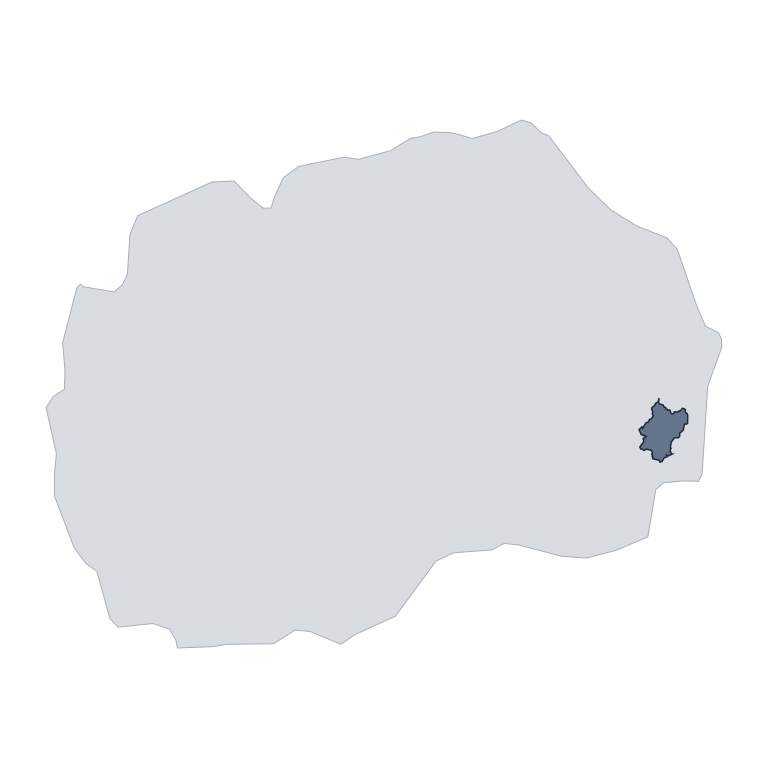 location of Bosilovo, Bosilovo, North Macedonia
{"feature_id": "65306769B43786994605209", "entity_name": "Bosilovo", "entity_type": "district", "adm_level": 2, "iso_a3": "MKD", "parent_name": "North Macedonia", "parent_adm1": "Bosilovo", "projection": "orthographic", "projection_center": [22.779, 41.481], "detail": "fine", "context": "in_parent", "style": "filled", "palette": "slate", "viewbox_px": 768, "rotation_deg": 0, "n_neighbors": 0, "source": "geoboundaries", "source_scale": "gbopen_adm2", "svg_char_len": 2136}
<svg xmlns="http://www.w3.org/2000/svg" viewBox="0 0 768 768"><path d="M344.1,157.3L358.7,159.3L390.4,150.7L410.3,138.4L420.3,136.7L433.7,132.0L452.9,132.9L472.3,138.5L497.0,131.5L521.4,120.0L531.1,123.0L541.6,133.0L548.6,135.7L588.7,188.5L610.7,209.8L636.8,226.0L666.6,237.8L677.3,249.2L696.4,305.1L705.6,326.3L718.3,332.6L721.4,338.7L721.9,346.8L707.7,386.2L702.1,474.3L698.5,481.3L683.5,480.9L663.5,482.8L655.8,489.6L647.8,537.0L615.5,550.5L586.2,558.1L561.5,556.3L518.2,544.8L504.1,543.5L491.9,549.8L453.2,552.9L436.1,561.0L395.5,616.1L354.8,634.7L340.8,644.2L310.0,631.5L295.2,630.0L273.5,643.8L226.4,644.3L213.7,646.6L177.4,648.0L176.0,640.4L169.6,629.1L152.8,623.5L118.2,627.1L110.0,618.8L96.9,571.4L86.0,563.6L74.0,547.4L54.4,495.8L54.5,473.3L56.4,453.8L46.1,407.7L53.5,396.3L64.4,389.3L65.0,370.8L62.7,342.7L76.8,288.0L80.3,284.1L83.5,286.8L114.0,291.9L122.1,285.2L127.4,274.4L130.0,234.2L137.7,215.7L212.2,181.9L233.9,181.0L250.2,197.6L263.2,208.2L271.1,208.1L274.2,197.6L283.4,177.6L298.8,166.3L343.7,157.2L344.1,157.3Z" fill="#d9dde1" stroke="#a8b0b8" stroke-width="1"/><path d="M659.1,398.1L658.0,401.9L655.6,403.3L654.9,405.1L651.9,407.6L651.6,409.6L652.7,411.1L652.3,413.8L653.3,416.0L651.2,418.9L649.5,419.4L648.5,421.9L646.1,422.7L642.6,428.3L642.0,426.9L639.0,429.7L641.3,434.7L642.9,435.0L643.2,435.7L644.1,435.1L646.2,436.6L643.0,438.7L643.7,439.7L643.5,441.9L639.8,447.0L640.8,449.1L642.0,449.0L644.2,450.5L646.2,449.1L651.3,450.4L652.5,452.9L651.7,454.4L652.5,455.0L652.2,456.6L653.0,456.9L652.7,458.7L659.1,460.3L659.9,462.1L662.0,461.5L664.2,457.9L665.3,457.4L666.9,456.9L666.5,454.9L668.3,456.0L672.3,454.0L671.1,453.9L671.0,452.2L669.7,451.3L671.1,448.3L670.4,447.4L671.2,442.1L674.5,437.8L678.5,437.7L679.7,436.3L679.7,433.3L683.4,429.9L684.2,425.0L684.9,423.9L686.2,424.2L687.6,423.4L687.7,415.2L687.3,413.8L685.3,412.1L685.4,410.0L684.6,408.9L682.4,408.2L680.6,410.6L678.5,411.1L677.9,412.1L674.4,411.8L673.2,413.9L671.2,413.6L669.8,409.9L667.7,410.2L667.2,409.2L665.9,409.0L665.7,407.6L664.1,407.1L663.2,405.0L660.2,404.2L658.5,402.6L659.1,398.1Z" fill="#64748b" stroke="#1e293b" stroke-width="1.5"/></svg>